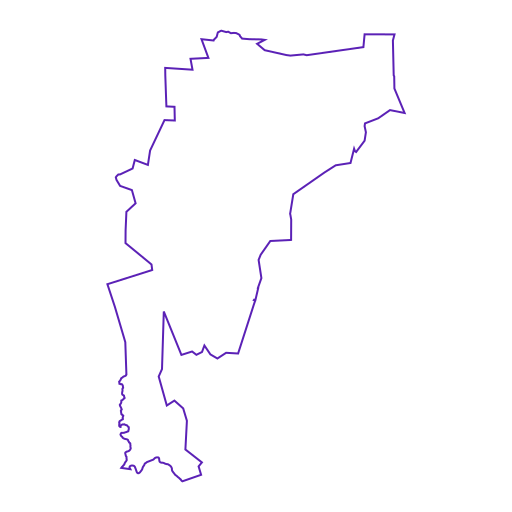 the district of Bacadéhuachi, Sonora, Mexico
{"feature_id": "50627088B33028528139861", "entity_name": "Bacadéhuachi", "entity_type": "district", "adm_level": 2, "iso_a3": "MEX", "parent_name": "Mexico", "parent_adm1": "Sonora", "projection": "robinson", "projection_center": [-109.205, 29.784], "detail": "fine", "context": "isolated", "style": "outline", "palette": "violet", "viewbox_px": 512, "rotation_deg": 0, "n_neighbors": 0, "source": "geoboundaries", "source_scale": "gbopen_adm2", "svg_char_len": 5713}
<svg xmlns="http://www.w3.org/2000/svg" viewBox="0 0 512 512"><path d="M125.6,230.3L125.5,243.1L145.0,259.1L151.5,264.5L152.2,270.0L107.4,284.2L114.9,306.9L124.0,337.7L125.3,342.2L126.4,374.4L126.2,374.5L126.2,375.0L126.0,375.3L125.8,375.6L125.4,375.8L124.9,376.1L124.0,376.4L123.6,376.5L123.2,376.8L122.6,377.3L122.4,377.6L121.5,378.0L121.2,378.3L121.0,378.7L120.8,379.5L120.5,379.9L120.1,380.6L119.5,381.3L119.3,381.5L119.1,381.8L119.3,382.4L119.4,383.5L119.5,383.7L119.5,383.8L120.1,383.9L120.4,384.1L120.7,384.1L120.9,384.2L121.4,384.1L121.6,384.1L121.9,384.3L122.1,384.4L122.4,384.9L122.8,385.6L122.9,386.2L123.0,387.1L123.1,387.3L123.1,387.6L123.1,387.9L122.8,388.2L122.6,388.4L122.5,388.7L122.4,389.0L122.5,389.9L122.5,390.4L122.5,391.0L122.3,391.7L122.2,392.0L122.1,393.3L122.1,393.9L122.3,394.5L122.6,394.8L123.1,395.1L123.7,395.4L123.9,395.5L124.0,395.7L124.0,395.9L124.3,397.2L124.5,397.5L124.6,397.9L124.6,398.1L124.2,398.5L123.7,398.7L123.3,399.2L122.9,399.6L122.5,400.0L122.1,400.2L121.9,400.3L121.4,400.4L121.3,400.5L121.3,401.0L121.3,402.2L121.2,402.6L120.8,403.6L120.3,404.2L120.1,404.3L119.9,404.7L119.8,404.9L119.9,405.1L120.0,405.3L120.0,405.7L120.0,405.8L120.4,406.3L120.5,406.7L120.6,406.9L121.1,407.8L121.2,408.0L121.3,408.5L121.6,409.0L121.6,409.3L121.7,409.6L121.3,409.9L121.2,410.0L120.9,410.5L120.9,411.1L121.0,411.3L121.1,411.7L121.1,412.0L121.1,412.5L121.2,413.1L121.4,413.6L121.4,414.2L121.7,414.5L121.9,414.7L122.2,414.7L122.4,414.8L122.5,414.9L122.5,415.1L122.8,415.4L123.2,415.6L123.3,415.7L123.3,415.8L123.2,416.0L122.9,416.9L122.7,417.2L122.7,417.4L122.7,417.6L122.8,417.9L122.8,418.5L122.9,419.1L122.8,419.3L122.6,419.4L122.3,419.5L122.1,419.5L121.7,419.8L121.4,420.0L121.0,420.3L120.6,420.6L119.7,421.1L119.5,421.4L119.3,422.0L119.2,422.4L119.2,422.9L119.3,423.0L119.5,423.2L119.5,423.4L119.4,423.6L119.3,424.3L119.2,424.7L119.2,425.5L119.3,425.9L119.3,426.1L119.5,426.3L120.1,426.9L120.3,427.0L120.6,426.9L120.5,426.4L120.7,425.8L120.8,425.6L121.1,425.2L122.1,424.6L122.6,424.5L122.8,424.4L123.3,424.5L123.6,424.4L124.3,424.3L124.5,424.3L125.1,424.8L125.3,424.9L126.0,425.1L126.4,425.1L126.6,425.2L126.9,425.3L127.3,425.7L127.8,426.4L128.3,426.9L128.7,427.1L128.8,427.7L128.8,429.1L128.5,430.1L128.4,431.0L128.1,431.4L127.6,431.5L127.1,431.7L126.6,432.0L126.1,432.1L125.8,432.2L125.0,432.4L124.4,432.7L123.6,432.8L122.9,432.9L122.2,432.9L121.6,432.9L121.4,432.9L121.1,433.2L120.9,433.5L120.6,434.2L120.5,434.4L120.5,434.6L120.7,435.1L121.2,436.0L121.7,436.5L122.2,436.8L122.3,437.0L122.5,437.3L122.6,437.6L123.0,438.0L124.3,438.7L124.9,438.9L126.3,439.2L127.3,439.5L127.5,439.6L128.0,440.0L128.2,440.7L128.4,441.2L128.9,441.8L129.0,442.2L129.1,442.5L129.9,443.0L130.2,443.3L130.3,443.6L130.3,443.9L130.3,444.5L130.5,445.6L130.4,446.4L130.4,447.0L130.7,448.0L130.7,448.5L130.5,448.9L130.3,449.4L129.8,450.1L129.1,450.8L128.3,451.2L127.4,451.5L126.7,451.6L126.3,451.9L125.6,452.3L125.3,452.7L125.2,453.1L125.8,455.7L126.0,456.2L126.5,456.8L126.5,457.1L126.5,457.4L126.5,457.8L126.5,458.3L126.7,459.2L126.6,459.8L126.7,460.1L126.4,460.7L125.9,461.5L125.4,462.0L124.9,462.9L124.5,463.6L124.3,464.5L123.2,465.6L122.7,466.3L122.0,466.9L121.3,467.9L130.4,469.2L130.1,468.6L129.8,468.2L129.5,467.5L129.6,466.9L129.8,466.5L130.1,466.1L130.6,465.9L131.2,465.6L131.8,465.5L132.5,465.5L133.0,465.6L133.8,465.8L134.1,466.0L134.7,466.6L134.9,466.9L135.5,468.5L135.8,469.2L136.0,469.9L136.2,470.4L136.4,471.0L136.7,471.9L137.0,472.5L137.4,472.9L137.9,473.2L138.7,473.2L139.2,472.9L139.9,472.4L140.8,471.2L141.1,470.9L142.0,469.6L142.3,468.9L142.7,467.5L143.1,466.7L144.2,465.1L144.6,464.1L144.8,463.6L145.2,463.3L145.8,463.0L146.9,462.1L149.5,461.1L152.0,460.1L152.6,459.9L153.1,459.7L153.6,459.4L154.7,458.2L155.2,457.9L155.8,457.6L156.2,457.5L156.8,457.4L158.1,457.4L158.4,457.5L158.7,457.7L159.0,458.3L159.2,459.0L159.2,459.5L159.4,460.9L159.6,461.6L160.2,462.2L160.8,462.5L161.4,462.7L162.5,462.7L163.5,462.9L164.0,463.1L164.4,463.3L164.9,463.6L166.2,464.0L166.6,464.1L167.8,464.2L168.3,464.5L169.0,464.9L169.7,465.4L170.5,466.0L171.2,466.9L171.6,467.7L171.9,468.5L171.9,469.5L172.1,470.6L172.4,471.1L173.3,472.4L174.3,473.6L174.6,474.0L174.8,474.4L175.4,475.0L175.7,475.2L176.0,475.4L176.9,476.1L177.8,477.0L178.9,477.8L180.0,478.9L180.2,479.1L180.3,479.2L180.5,479.2L180.7,479.5L181.5,480.6L181.8,480.9L182.4,481.3L201.1,474.8L198.6,466.4L201.9,462.4L185.4,449.5L186.9,420.8L183.2,408.4L174.4,400.6L166.8,405.5L158.7,376.5L162.0,369.1L163.8,311.5L181.4,354.9L192.1,351.5L196.4,354.8L202.0,352.0L204.4,345.5L210.4,354.4L217.4,358.5L226.1,352.8L238.1,353.5L253.8,304.7L255.2,300.6L253.9,300.1L254.2,299.7L255.4,300.1L258.2,288.1L257.9,288.0L259.2,284.3L261.4,278.1L258.6,259.9L260.7,254.7L270.3,241.0L290.4,240.0L291.1,239.9L291.2,219.6L290.4,214.9L290.1,213.8L290.4,212.1L293.3,194.2L324.6,172.4L335.7,165.3L350.5,163.0L354.1,148.7L355.0,151.2L356.1,152.0L364.6,140.7L365.9,132.3L364.6,126.1L365.0,123.4L378.2,118.3L390.0,110.1L404.6,113.0L394.4,88.5L394.2,76.3L393.7,75.4L392.9,40.5L394.5,34.4L364.6,34.3L363.4,47.1L306.7,55.2L303.4,54.4L290.3,55.6L288.3,55.3L286.6,55.1L264.7,50.2L257.1,43.8L264.7,39.9L261.1,39.4L249.4,39.2L242.1,38.6L241.4,37.7L240.1,36.3L239.7,35.1L238.8,34.4L236.2,33.1L233.9,32.9L230.9,33.2L228.2,31.7L226.3,32.1L221.3,30.7L220.3,31.1L219.1,31.8L218.0,32.3L217.7,32.9L216.7,36.8L215.5,38.1L213.9,39.7L213.6,40.5L201.5,39.2L208.4,57.9L190.5,58.8L192.5,69.7L165.2,67.9L165.3,75.4L166.2,101.3L166.4,106.4L174.5,106.8L174.8,120.5L164.5,120.1L150.1,150.5L147.9,164.9L134.8,160.0L132.6,168.5L120.1,174.4L118.3,174.5L116.5,176.3L115.8,177.3L116.5,179.9L120.1,185.9L131.9,190.1L135.6,203.3L126.4,211.8L125.6,230.3Z" fill="none" stroke="#5b21b6" stroke-width="2"/></svg>